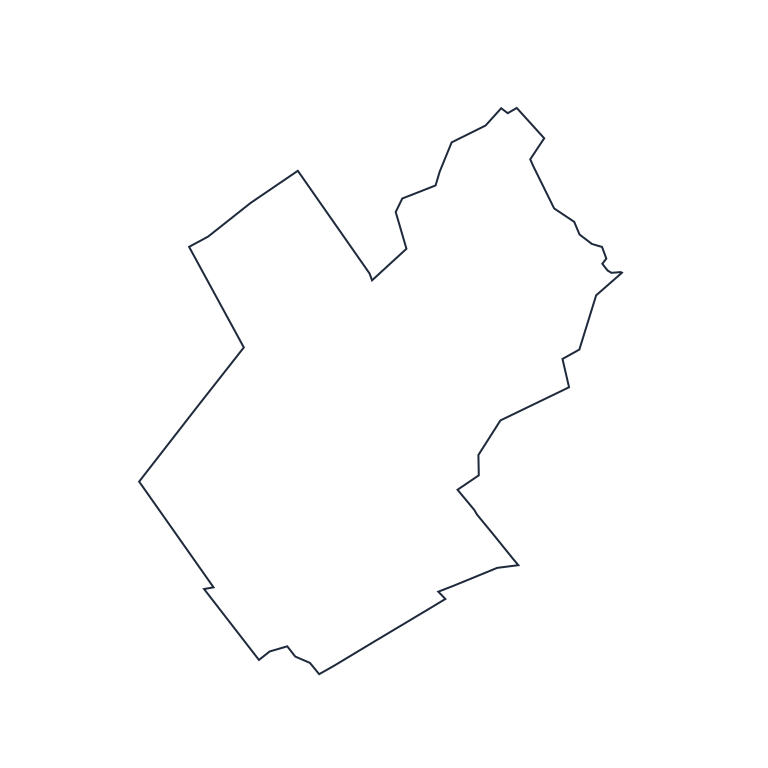 outline of Middlesex, Connecticut, United States of America, rotated 243°
{"feature_id": "52423323B62256411494154", "entity_name": "Middlesex", "entity_type": "district", "adm_level": 2, "iso_a3": "USA", "parent_name": "United States of America", "parent_adm1": "Connecticut", "projection": "equal_earth", "projection_center": [-72.54, 41.451], "detail": "fine", "context": "isolated", "style": "outline", "palette": "slate", "viewbox_px": 768, "rotation_deg": 243, "n_neighbors": 0, "source": "geoboundaries", "source_scale": "gbopen_adm2", "svg_char_len": 946}
<svg xmlns="http://www.w3.org/2000/svg" viewBox="0 0 768 768"><g transform="rotate(243 384 384)"><path d="M447.9,206.0L408.2,121.5L368.5,127.2L280.2,139.8L283.0,130.6L194.9,147.3L197.6,160.7L194.2,178.7L181.4,181.2L169.1,191.4L154.9,194.5L155.7,212.7L159.0,259.1L163.2,321.6L164.6,341.1L174.3,338.1L172.7,353.9L168.8,401.3L161.6,421.4L170.0,419.5L200.4,413.1L225.3,407.6L230.7,407.3L256.4,401.5L259.6,427.0L277.9,435.9L298.7,471.2L297.1,547.4L325.3,554.4L326.0,573.7L366.7,613.3L375.1,646.5L376.2,645.8L379.8,637.1L383.7,634.7L392.0,633.1L394.8,639.0L407.1,640.5L414.4,632.8L428.0,626.3L428.6,626.1L442.1,627.1L463.2,615.3L510.4,615.9L517.8,616.3L527.8,634.0L530.2,638.3L569.7,627.6L569.1,617.2L576.5,613.6L568.2,591.9L568.6,554.0L548.0,530.1L537.5,520.1L541.0,484.5L531.9,472.5L494.3,465.4L481.8,420.4L489.0,421.3L613.1,404.0L605.9,347.4L595.2,294.2L594.7,272.6L480.2,275.7L447.9,206.0Z" fill="none" stroke="#1e293b" stroke-width="2"/></g></svg>